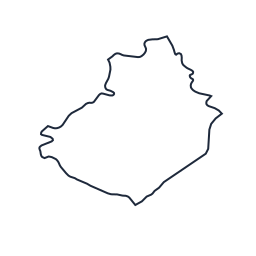 SVG path tracing the border of Suceava, rotated 152°
{"feature_id": "ROU-311", "entity_name": "Suceava", "entity_type": "County", "adm_level": 1, "iso_a3": "ROU", "parent_name": "Romania", "parent_adm1": "", "projection": "albers", "projection_center": [25.683, 47.513], "detail": "fine", "context": "isolated", "style": "outline", "palette": "slate", "viewbox_px": 256, "rotation_deg": 152, "n_neighbors": 0, "source": "natural_earth", "source_scale": "10m", "svg_char_len": 2139}
<svg xmlns="http://www.w3.org/2000/svg" viewBox="0 0 256 256"><g transform="rotate(152 128 128)"><path d="M143.7,58.7L150.2,56.7L157.7,56.6L159.5,65.9L160.3,67.6L161.8,69.2L164.6,70.9L168.7,74.4L174.0,77.4L176.5,79.8L188.3,94.7L190.3,98.0L197.2,106.5L198.5,108.7L201.8,112.1L202.9,113.9L203.9,117.2L205.6,125.2L205.7,127.1L205.5,129.4L205.5,131.1L205.8,132.9L206.3,134.4L208.9,138.0L210.4,139.3L211.5,140.1L215.8,140.6L217.4,142.7L217.6,144.1L217.3,145.8L216.3,148.6L216.1,150.5L215.7,151.9L214.8,152.7L212.6,153.2L201.7,152.0L200.0,152.5L199.6,153.9L200.7,156.5L207.2,162.3L207.7,163.4L206.9,164.6L205.8,165.4L197.8,167.3L194.1,163.2L192.6,162.0L190.8,161.2L188.8,160.8L186.7,160.8L184.3,161.4L174.6,166.6L170.9,167.6L159.2,167.6L153.8,169.0L151.8,168.9L150.1,168.4L148.8,167.5L147.3,167.0L145.8,167.1L138.2,170.7L136.4,171.1L135.0,170.9L133.7,169.9L129.0,165.5L127.6,164.6L126.3,164.0L125.2,164.1L124.3,164.6L123.9,165.5L124.2,166.5L126.0,169.1L128.1,171.1L128.9,172.2L129.1,173.5L128.9,174.9L128.2,176.4L126.4,178.0L122.3,180.7L120.7,182.2L116.1,187.8L114.8,190.4L113.6,194.4L113.5,197.8L108.0,198.6L106.5,199.1L104.3,199.4L102.7,199.1L101.0,198.0L99.8,196.6L98.8,195.2L97.6,194.0L85.9,185.9L84.2,185.2L82.4,185.1L79.8,185.6L77.7,186.5L76.0,187.7L74.9,189.4L74.7,190.8L74.6,192.3L74.5,193.5L73.9,194.8L72.9,195.7L71.6,196.3L70.0,196.4L68.7,196.3L64.8,194.8L60.0,192.4L50.6,190.6L50.2,179.9L50.8,175.3L51.2,173.7L51.6,171.4L51.4,170.5L50.9,170.1L50.1,170.4L49.0,170.4L47.7,170.0L46.6,168.5L46.7,166.9L47.5,164.9L48.9,162.5L49.7,159.8L49.7,158.1L49.2,156.6L48.0,153.8L47.2,152.5L45.2,149.8L44.3,148.2L44.1,147.1L44.6,146.2L45.3,145.6L46.3,145.5L47.1,145.5L47.8,145.7L48.5,145.6L49.0,145.1L49.3,143.7L49.1,142.8L48.7,141.8L48.1,141.2L47.8,140.4L48.0,139.7L48.8,139.0L50.1,138.4L51.5,137.5L52.6,136.2L53.4,134.2L53.2,132.4L52.7,130.7L51.5,128.5L48.8,125.2L40.7,118.4L39.6,117.1L45.8,114.9L46.7,114.0L47.5,112.5L47.3,110.9L46.5,109.5L42.1,104.8L39.6,100.8L38.4,96.6L46.1,95.3L52.6,92.6L56.9,88.4L67.0,71.9L71.4,68.8L121.8,63.4L128.6,60.7L134.0,60.0L137.1,58.6L138.8,58.3L143.7,58.7Z" fill="none" stroke="#1e293b" stroke-width="2"/></g></svg>